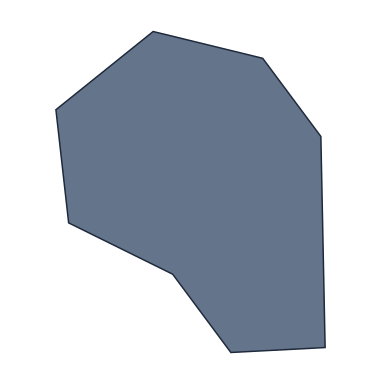 the border of Fontana, Gozo, rotated 177°
{"feature_id": "MLT-5983", "entity_name": "Fontana, Gozo", "entity_type": "state/province", "adm_level": 1, "iso_a3": "MLT", "parent_name": "Malta", "parent_adm1": "", "projection": "robinson", "projection_center": [14.239, 36.033], "detail": "fine", "context": "isolated", "style": "filled", "palette": "slate", "viewbox_px": 384, "rotation_deg": 177, "n_neighbors": 0, "source": "natural_earth", "source_scale": "10m", "svg_char_len": 274}
<svg xmlns="http://www.w3.org/2000/svg" viewBox="0 0 384 384"><g transform="rotate(177 192 192)"><path d="M60.4,240.7L67.2,29.7L161.6,29.7L215.6,110.9L316.8,167.6L323.6,281.3L222.4,354.3L114.4,321.8L60.4,240.7Z" fill="#64748b" stroke="#1e293b" stroke-width="1.5"/></g></svg>